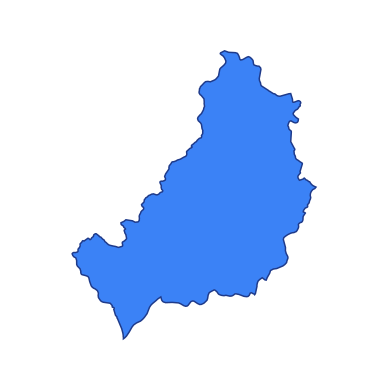 Melawi, Kalimantan Barat, Indonesia, rotated 158°
{"feature_id": "22746128B3341090541732", "entity_name": "Melawi", "entity_type": "district", "adm_level": 2, "iso_a3": "IDN", "parent_name": "Indonesia", "parent_adm1": "Kalimantan Barat", "projection": "albers", "projection_center": [111.782, -0.735], "detail": "fine", "context": "isolated", "style": "filled", "palette": "blue", "viewbox_px": 384, "rotation_deg": 158, "n_neighbors": 0, "source": "geoboundaries", "source_scale": "gbopen_adm2", "svg_char_len": 5947}
<svg xmlns="http://www.w3.org/2000/svg" viewBox="0 0 384 384"><g transform="rotate(158 192 192)"><path d="M326.3,179.6L326.3,177.9L325.9,176.3L324.4,174.4L324.6,171.8L326.1,167.9L326.0,166.2L324.6,162.8L324.8,160.2L325.4,158.6L325.4,157.9L325.3,157.0L324.7,156.4L321.5,154.0L320.1,152.6L319.8,151.0L320.4,147.4L320.6,142.7L320.1,141.0L319.2,139.6L318.0,138.3L316.7,136.0L316.6,133.5L317.8,131.1L318.3,129.1L317.5,125.4L316.5,123.9L315.5,123.0L309.5,119.5L308.5,116.5L309.0,115.5L309.0,115.2L308.6,114.7L308.2,114.6L307.7,114.0L307.7,113.3L308.0,112.8L308.5,112.5L309.1,106.4L308.4,104.3L308.7,103.3L308.5,102.5L308.4,91.5L309.0,86.8L309.5,84.8L309.9,83.8L310.0,83.1L310.6,81.6L309.0,82.0L306.7,83.0L302.7,85.7L298.3,89.2L295.9,90.6L292.5,91.4L288.1,91.6L285.6,92.4L283.1,93.6L279.3,96.0L274.6,101.0L272.6,102.4L270.6,103.3L265.7,104.9L264.0,105.6L260.2,106.4L260.6,103.2L260.2,101.6L259.6,100.7L257.9,99.3L251.8,97.1L246.0,94.2L244.4,92.6L242.1,89.6L240.6,88.4L239.1,88.1L238.1,88.4L234.0,90.8L232.1,90.7L231.3,90.2L230.8,89.7L228.7,86.6L227.0,84.8L225.4,84.3L223.2,84.4L222.4,84.5L218.7,86.0L217.5,87.3L215.7,90.3L213.9,92.1L212.3,92.5L208.1,92.9L207.4,92.3L206.3,90.2L205.8,87.9L205.4,87.0L203.6,85.3L202.1,84.4L201.2,83.9L199.2,83.5L196.0,81.3L194.5,80.8L193.7,80.7L192.6,80.8L190.2,81.4L189.4,81.1L186.9,79.5L182.9,75.8L180.6,74.5L179.8,74.3L179.1,74.2L177.6,74.8L175.9,76.4L174.7,76.4L173.3,74.7L172.6,74.1L172.4,73.3L171.3,74.0L167.1,80.2L166.6,81.5L165.2,83.5L164.0,84.7L162.0,85.5L159.0,86.2L157.3,83.2L156.2,82.5L154.3,84.5L150.4,87.6L148.6,89.8L145.4,90.1L142.1,89.3L135.4,89.4L133.1,90.0L130.8,91.1L129.7,92.7L128.0,94.5L127.5,95.6L127.4,96.5L127.7,99.6L127.4,102.5L126.1,105.6L125.1,113.8L124.0,115.3L121.9,116.0L119.1,116.6L116.2,116.8L114.5,116.7L112.7,116.2L110.0,116.3L108.3,117.5L106.7,119.0L106.1,120.0L105.5,122.1L104.6,122.7L102.9,123.1L101.8,122.9L100.7,123.4L99.6,124.6L98.3,127.4L97.6,128.1L94.8,130.0L95.1,130.7L96.3,131.8L96.0,132.5L95.5,133.1L93.4,134.5L92.7,134.7L91.1,134.7L90.3,135.0L89.6,137.0L88.0,137.7L87.0,138.7L86.4,139.7L84.8,141.2L84.0,142.4L83.7,144.4L82.9,146.0L81.9,147.2L80.6,148.2L79.1,149.0L76.8,149.2L75.2,150.1L76.8,151.8L77.8,153.1L78.7,155.3L79.1,157.5L80.0,158.0L80.5,159.4L81.7,160.5L82.6,162.8L82.8,162.9L84.0,162.4L87.9,162.6L88.1,163.0L88.4,165.3L88.1,166.6L87.8,167.0L86.9,167.7L84.3,169.1L84.2,170.3L84.0,170.7L79.1,176.8L79.1,177.7L80.2,179.1L81.7,181.6L82.8,183.0L83.2,184.1L83.2,185.1L82.8,186.4L83.0,188.7L82.2,191.5L82.1,191.9L81.3,192.3L80.6,193.2L80.8,194.1L81.6,201.7L77.4,210.5L77.2,211.3L78.3,213.4L78.5,214.4L78.1,216.1L78.3,217.6L77.2,219.1L75.9,220.4L75.2,220.9L74.2,221.0L73.6,220.9L71.7,218.5L70.4,217.4L69.0,217.1L68.2,217.2L67.6,217.5L66.9,218.2L66.0,219.8L67.5,222.0L68.4,224.0L69.0,225.7L68.8,226.9L68.6,227.2L66.0,228.8L65.5,229.0L63.2,229.3L61.8,230.1L61.2,230.7L59.7,231.1L59.2,231.7L59.1,232.7L57.9,233.7L57.7,234.1L57.7,235.2L58.6,236.5L59.4,236.9L63.7,237.0L64.5,237.3L64.9,237.8L64.8,238.3L64.1,240.4L63.6,246.3L65.4,246.8L74.5,247.8L76.0,248.6L77.1,249.6L78.4,251.9L79.8,252.8L82.2,256.2L82.5,256.3L83.0,257.4L87.9,264.4L88.0,265.2L88.0,266.0L87.6,267.5L87.7,269.9L87.2,271.9L82.2,279.8L81.9,281.4L82.7,283.5L84.3,284.3L85.8,285.5L86.9,286.6L87.0,287.6L86.2,290.9L86.3,291.8L86.9,293.6L88.0,295.5L89.1,296.4L90.9,296.4L95.2,295.8L96.7,296.0L97.5,296.2L97.9,297.2L97.6,299.0L97.6,301.2L97.9,303.3L98.1,303.7L99.7,305.0L105.7,307.8L108.9,310.7L113.4,310.3L114.0,309.6L113.3,308.1L112.4,306.8L112.1,306.0L111.6,304.2L111.5,300.7L112.6,298.9L115.0,297.6L119.0,296.2L120.2,295.5L124.0,289.6L127.2,287.9L128.9,287.4L133.7,287.3L135.8,288.6L138.0,289.2L139.5,288.8L142.5,287.4L144.7,286.5L145.5,285.5L146.3,285.0L147.5,282.7L148.0,282.1L148.3,281.0L148.0,279.2L147.3,278.1L146.0,273.9L147.0,270.7L147.6,269.5L148.3,266.7L149.6,265.4L150.5,264.0L153.8,261.2L156.1,260.3L158.5,259.0L159.4,257.8L159.5,255.8L158.3,253.2L158.0,252.0L158.0,250.8L158.9,247.2L159.0,244.6L159.5,244.0L160.0,242.5L160.5,241.9L162.1,240.8L162.3,239.7L162.6,239.3L163.3,238.8L165.1,239.0L165.9,238.7L167.8,238.0L169.0,237.1L170.8,236.8L172.5,236.1L174.8,235.5L175.4,234.7L175.4,234.0L175.1,233.7L175.6,233.3L177.6,233.2L181.6,231.7L182.0,231.3L182.6,229.1L183.2,228.2L184.5,227.4L186.3,227.4L190.6,226.8L193.5,227.1L195.4,226.8L197.4,226.9L198.9,227.3L199.6,227.2L200.8,226.2L203.3,224.8L204.2,223.4L204.5,222.4L205.0,221.8L209.9,218.5L210.3,217.9L211.5,216.8L211.6,216.1L211.5,214.6L211.8,213.8L212.2,213.2L213.7,212.9L214.4,213.0L215.3,213.0L216.5,213.6L217.5,213.6L218.0,213.2L218.2,212.5L218.1,209.2L218.8,208.1L219.1,206.2L219.1,205.6L218.7,205.0L218.6,204.2L218.9,203.7L219.6,203.3L221.6,203.4L223.8,202.4L225.3,202.4L225.9,202.6L226.6,203.1L228.4,204.7L230.2,205.1L232.2,204.9L233.3,205.0L234.5,204.6L235.1,204.2L237.1,203.9L238.1,203.1L238.8,202.9L239.2,202.5L240.0,201.0L240.8,200.4L242.5,199.8L243.6,199.1L243.6,197.4L243.4,196.8L242.8,196.1L242.8,195.3L243.1,194.6L243.6,194.0L245.5,193.4L246.8,192.7L247.7,191.6L249.0,190.6L250.0,189.4L250.7,187.1L251.0,186.7L251.5,185.4L252.7,184.7L253.3,184.5L256.1,185.3L258.0,187.6L263.7,191.0L266.0,190.3L269.4,190.1L269.8,188.8L269.7,188.1L268.4,186.1L268.4,184.7L267.5,183.0L267.6,182.5L269.0,182.1L269.4,181.5L269.4,180.1L269.6,179.2L269.3,177.2L270.0,173.6L270.6,172.9L272.8,172.0L275.2,171.6L275.8,170.9L276.1,169.0L276.5,168.1L277.2,167.8L280.7,168.1L281.3,168.4L283.1,170.0L285.6,171.6L288.4,173.6L289.1,174.4L290.0,176.0L290.4,177.1L291.4,178.8L291.4,180.0L291.8,181.0L292.4,181.6L293.4,184.3L294.3,185.0L294.7,185.6L294.7,186.4L295.4,187.3L296.4,189.1L297.3,189.5L298.9,189.2L299.6,188.5L300.1,187.7L302.1,187.1L303.5,186.1L304.4,186.0L305.2,187.6L305.8,188.1L310.5,187.0L311.3,187.7L311.8,187.7L313.5,186.5L314.5,186.2L315.3,185.7L315.7,184.3L316.1,183.7L317.4,182.4L318.3,182.3L319.2,181.4L319.9,179.7L320.6,179.3L322.8,179.5L324.2,180.2L324.9,180.2L325.6,180.1L326.3,179.6Z" fill="#3b82f6" stroke="#1e3a8a" stroke-width="1.5"/></g></svg>